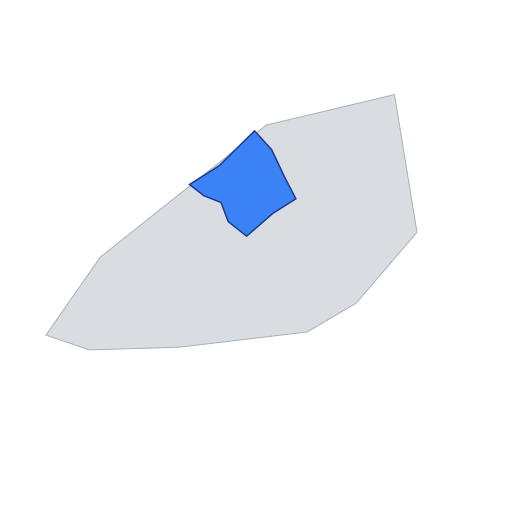 where Praslin sits in Saint Lucia, rotated 229°
{"feature_id": "LCA-5084", "entity_name": "Praslin", "entity_type": "Quarter", "adm_level": 1, "iso_a3": "LCA", "parent_name": "Saint Lucia", "parent_adm1": "", "projection": "mercator", "projection_center": [-60.926, 13.871], "detail": "fine", "context": "in_parent", "style": "filled", "palette": "blue", "viewbox_px": 512, "rotation_deg": 229, "n_neighbors": 0, "source": "natural_earth", "source_scale": "10m", "svg_char_len": 507}
<svg xmlns="http://www.w3.org/2000/svg" viewBox="0 0 512 512"><g transform="rotate(229 256 256)"><path d="M348.1,349.6L287.0,466.4L168.3,393.1L154.7,300.8L165.1,244.8L237.8,137.9L294.5,68.6L334.1,45.6L357.3,137.7L348.1,349.6Z" fill="#d9dde1" stroke="#a8b0b8" stroke-width="1"/><path d="M353.6,252.7L348.3,287.6L351.4,337.0L326.1,337.6L296.1,329.2L273.0,323.6L277.1,296.9L277.1,285.7L277.1,261.9L300.2,257.6L319.3,264.7L335.7,256.2L353.6,252.7Z" fill="#3b82f6" stroke="#1e3a8a" stroke-width="1.5"/></g></svg>